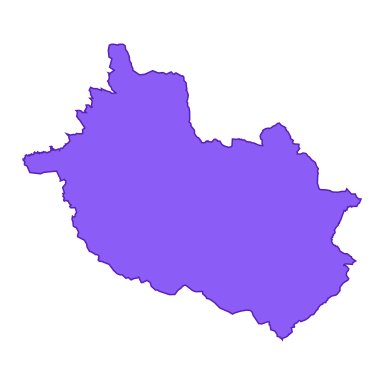 the district of Cuenca, Azuay, Ecuador
{"feature_id": "8360857B44277665484155", "entity_name": "Cuenca", "entity_type": "district", "adm_level": 2, "iso_a3": "ECU", "parent_name": "Ecuador", "parent_adm1": "Azuay", "projection": "albers", "projection_center": [-79.199, -2.836], "detail": "fine", "context": "isolated", "style": "filled", "palette": "violet", "viewbox_px": 384, "rotation_deg": 0, "n_neighbors": 0, "source": "geoboundaries", "source_scale": "gbopen_adm2", "svg_char_len": 5899}
<svg xmlns="http://www.w3.org/2000/svg" viewBox="0 0 384 384"><path d="M326.2,189.9L320.3,189.6L319.1,188.8L317.4,183.2L317.7,175.4L318.2,173.3L317.5,171.2L318.3,168.7L316.5,166.3L315.3,162.5L311.4,159.6L309.8,157.4L307.5,155.7L306.5,154.0L305.2,153.3L303.0,153.0L300.3,154.2L297.2,153.8L297.2,151.8L299.7,148.6L298.7,147.1L299.0,144.3L294.0,143.9L293.0,143.4L292.6,141.6L293.3,140.4L290.5,138.6L290.6,136.9L287.8,131.6L286.4,130.7L286.3,129.7L285.5,128.7L285.6,127.6L281.2,125.3L279.4,123.1L277.7,123.4L275.0,125.7L273.5,126.0L271.1,127.8L269.3,128.6L268.4,128.2L265.7,128.6L262.7,130.5L262.8,131.4L260.7,134.5L260.2,136.2L260.7,138.8L262.1,140.0L262.1,143.8L262.8,145.4L262.4,145.7L258.8,145.2L254.5,143.2L251.8,142.8L250.5,142.0L246.7,141.8L244.6,139.9L242.1,140.1L241.7,139.3L239.7,139.5L239.5,139.0L238.4,138.9L236.7,139.4L232.4,139.0L232.0,145.8L231.4,146.6L228.8,147.4L224.0,145.9L221.7,144.2L219.9,141.1L217.6,141.2L217.4,140.3L216.6,140.2L215.7,139.2L214.1,139.4L211.7,142.1L208.7,141.6L208.3,141.0L207.2,141.5L207.2,141.0L206.0,141.3L205.1,142.6L201.6,142.7L201.3,141.3L200.0,140.1L200.1,139.6L198.5,137.8L197.0,137.2L195.4,135.1L194.3,132.8L194.6,131.4L193.9,129.5L191.2,126.3L190.7,123.3L189.1,122.1L189.7,119.6L189.6,111.2L189.0,107.8L187.6,106.1L187.7,102.9L186.6,101.9L187.7,98.7L188.3,95.2L187.0,91.1L186.1,90.0L186.8,89.5L186.0,82.7L184.0,80.6L183.8,77.0L182.8,75.9L181.5,76.0L176.2,73.0L175.2,73.1L174.4,74.2L173.1,74.0L171.1,71.9L166.2,74.3L163.3,72.6L158.3,73.0L152.7,70.7L145.0,74.2L140.2,74.9L138.9,74.4L132.8,70.3L132.9,68.7L131.5,65.8L131.2,63.0L130.3,62.2L129.5,60.3L129.4,57.0L127.4,51.8L125.7,49.8L125.1,45.7L122.9,44.2L118.6,44.4L117.9,45.1L113.9,44.3L111.5,44.3L109.4,45.1L108.3,50.1L109.0,57.0L111.9,58.8L109.6,67.2L114.2,70.3L110.0,73.4L108.4,72.9L109.6,74.6L108.8,75.0L109.3,76.6L109.0,79.5L107.6,81.2L108.9,82.8L108.7,83.5L109.4,85.1L111.2,87.2L111.9,89.6L115.9,92.9L111.9,93.4L109.8,91.8L105.2,90.6L104.9,90.0L103.8,89.9L101.3,88.5L101.4,90.5L96.7,88.6L93.4,88.6L90.6,87.3L89.2,90.5L90.4,91.5L90.7,94.7L92.7,98.2L89.9,98.3L91.6,100.0L92.2,101.6L91.5,105.3L91.9,107.3L90.9,107.4L89.6,105.6L88.4,105.0L86.1,105.1L86.7,107.6L84.6,111.0L86.1,112.5L82.2,112.5L81.6,111.2L79.2,110.4L76.2,110.6L77.1,111.6L77.3,113.0L76.7,116.6L78.0,117.8L78.5,119.2L79.5,119.8L84.9,128.0L82.6,129.6L82.7,133.5L80.7,133.9L76.4,133.5L75.0,134.8L73.4,134.4L70.6,135.1L66.6,133.8L69.0,136.5L68.9,137.8L69.9,140.9L68.1,143.0L66.5,144.0L65.4,144.0L65.5,145.3L64.2,146.0L62.9,148.1L60.9,148.2L59.8,149.1L59.6,150.2L59.0,149.1L58.2,149.0L55.6,150.3L54.0,149.2L53.9,150.0L52.2,149.9L52.1,149.2L52.8,148.8L51.9,147.7L52.1,146.8L51.1,146.3L50.2,146.7L51.0,147.2L50.7,148.6L51.6,150.2L50.9,150.3L49.9,151.9L48.8,151.9L46.8,152.9L45.8,152.1L44.8,151.9L44.1,152.3L43.5,151.7L42.5,152.8L42.1,152.3L41.1,152.9L39.5,152.6L39.4,153.4L37.7,152.0L37.8,153.1L36.5,152.8L35.2,153.1L34.7,152.1L34.0,152.8L34.1,153.8L33.2,154.7L31.6,154.1L31.5,154.7L30.7,154.4L29.4,155.9L29.0,154.9L28.0,155.5L27.1,155.5L26.4,154.9L25.3,155.5L25.3,157.3L24.5,157.9L24.7,158.9L23.0,159.1L23.5,160.7L24.1,160.8L24.9,162.1L24.3,163.9L24.6,164.9L27.0,166.0L29.9,172.5L40.4,173.8L44.0,172.3L56.6,171.1L60.5,179.3L60.3,181.0L64.5,179.4L64.9,180.3L65.8,180.7L65.6,183.9L62.9,187.0L62.7,187.9L64.5,193.1L62.9,193.5L63.4,194.8L63.0,196.6L63.8,197.1L64.3,198.7L63.6,199.8L63.9,200.7L64.6,201.1L66.0,200.4L67.4,201.0L68.0,200.8L69.5,203.9L71.1,204.8L69.7,206.5L70.8,207.8L75.2,207.7L76.6,212.2L75.1,214.7L75.2,216.3L73.9,217.3L72.5,216.2L72.0,219.3L72.9,221.6L73.3,225.9L73.8,226.5L76.4,227.8L78.7,232.2L77.7,234.7L77.6,236.7L84.6,240.3L85.3,242.0L86.6,243.6L87.1,247.1L89.5,251.4L91.3,251.9L95.8,254.7L97.0,254.6L98.5,255.4L99.0,256.5L98.5,257.9L99.0,258.4L98.2,259.4L98.5,260.5L99.7,261.4L101.3,261.3L109.2,264.4L113.6,270.4L117.0,273.6L119.9,274.8L122.2,274.8L125.9,278.2L128.5,277.6L131.1,279.9L134.0,278.5L137.2,278.0L138.6,277.1L141.4,282.6L142.7,282.5L147.0,280.4L150.1,282.4L151.3,286.3L155.5,290.1L157.4,289.9L159.0,291.1L169.3,294.6L174.8,294.5L178.1,290.1L180.8,288.3L182.4,286.4L184.4,285.3L185.7,285.2L192.6,290.5L194.3,291.2L195.9,291.7L202.5,291.5L202.8,293.9L206.1,296.8L206.6,298.4L209.4,299.0L214.5,302.5L220.0,308.1L228.5,311.7L232.5,314.1L235.0,312.8L240.6,311.1L246.7,310.1L250.4,310.5L252.1,312.1L253.0,315.0L258.7,323.6L261.8,323.9L267.9,321.7L269.2,321.8L269.2,324.8L270.1,325.2L270.8,329.7L274.8,331.0L277.1,334.3L277.2,336.3L280.1,337.2L280.2,337.9L281.3,338.2L282.4,339.8L282.8,338.2L287.0,336.5L288.5,335.1L288.5,334.3L289.4,334.3L292.2,331.9L291.3,327.6L294.4,327.1L294.4,326.2L293.6,325.2L294.9,323.6L297.2,322.7L298.9,320.6L299.8,320.6L300.8,321.6L305.3,319.9L308.3,317.9L311.1,315.0L313.6,314.5L316.6,310.2L317.9,309.4L317.8,308.5L320.2,305.2L322.6,304.1L322.5,303.6L324.4,302.5L325.8,302.6L326.3,300.9L327.7,299.9L328.0,298.2L329.3,297.9L331.3,296.2L336.1,295.0L337.5,293.7L340.0,290.6L339.9,287.4L342.1,284.4L343.4,282.9L347.9,280.1L348.7,278.7L346.5,275.5L346.3,274.1L346.7,272.2L348.1,270.7L348.8,269.0L346.7,266.3L345.1,265.5L343.8,265.4L344.2,264.4L346.4,263.9L352.4,264.4L352.9,262.6L355.7,261.0L352.5,258.9L351.7,258.0L351.4,256.7L350.6,256.5L347.3,253.8L344.0,253.6L339.9,251.0L338.9,248.4L337.2,246.3L336.0,246.4L335.2,245.4L334.7,245.5L333.0,244.4L331.5,241.5L332.1,239.6L331.3,238.8L331.7,237.8L332.5,237.5L332.2,236.7L333.3,235.5L333.0,235.0L335.0,232.8L334.8,230.7L334.3,230.4L334.6,229.7L336.1,227.3L338.2,225.1L338.5,223.4L339.2,223.4L339.5,222.0L339.0,221.8L339.7,221.8L339.7,221.2L340.4,220.6L344.1,210.6L345.3,211.1L345.5,210.1L347.0,210.0L347.1,208.6L347.7,208.1L347.6,206.8L348.7,207.0L350.4,206.1L351.0,206.3L351.3,207.0L353.6,206.3L356.7,206.4L358.1,203.9L359.4,203.0L361.0,199.0L358.7,198.9L356.3,196.7L355.4,194.0L351.3,194.0L346.8,188.8L345.5,191.4L341.9,191.4L338.2,192.2L333.5,192.1L331.4,191.6L330.4,190.7L326.2,189.9Z" fill="#8b5cf6" stroke="#5b21b6" stroke-width="1.5"/></svg>